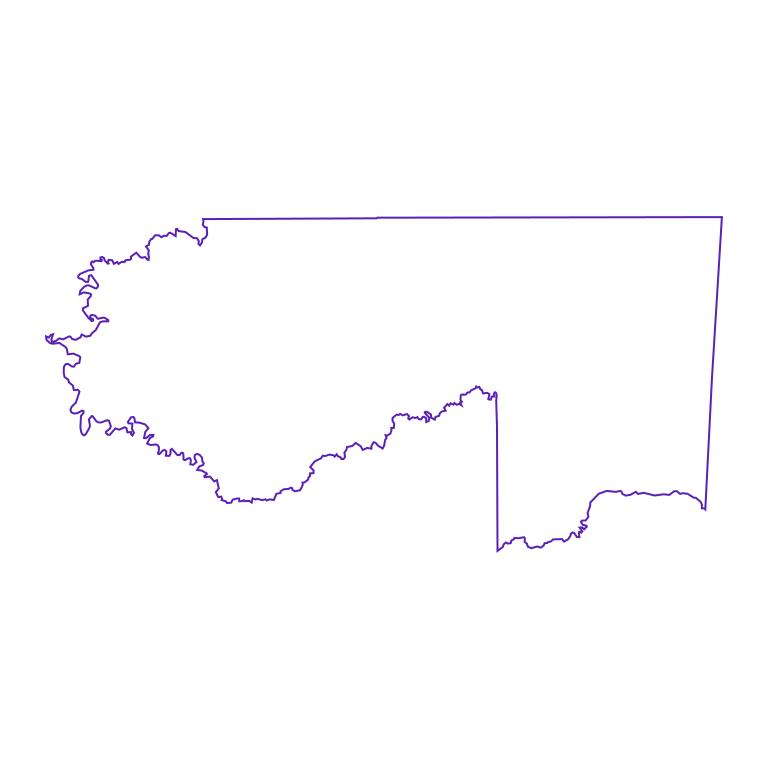 outline of San Luis, Petén, Guatemala
{"feature_id": "79465075B4836456001209", "entity_name": "San Luis", "entity_type": "district", "adm_level": 2, "iso_a3": "GTM", "parent_name": "Guatemala", "parent_adm1": "Petén", "projection": "albers", "projection_center": [-89.769, 16.056], "detail": "fine", "context": "isolated", "style": "outline", "palette": "violet", "viewbox_px": 768, "rotation_deg": 0, "n_neighbors": 0, "source": "geoboundaries", "source_scale": "gbopen_adm2", "svg_char_len": 6014}
<svg xmlns="http://www.w3.org/2000/svg" viewBox="0 0 768 768"><path d="M564.0,541.6L568.1,539.3L570.6,535.5L570.8,533.7L572.5,532.5L574.2,533.0L576.9,537.0L579.4,537.1L578.8,532.3L579.5,531.8L581.3,532.6L582.3,531.4L579.6,527.6L582.1,527.4L584.1,529.3L586.8,526.6L586.5,525.7L582.7,524.8L580.9,521.7L582.1,520.6L585.6,520.5L588.4,516.7L587.6,513.0L590.1,506.1L590.3,502.5L598.8,493.7L606.8,490.9L616.0,491.9L620.2,490.9L621.4,491.5L622.4,493.9L625.7,495.6L630.2,494.9L635.9,491.8L638.0,494.0L643.6,492.8L654.7,495.5L663.6,494.3L669.3,494.9L674.0,491.4L676.7,491.1L680.1,493.9L682.8,493.2L687.6,493.8L693.8,497.7L696.0,497.9L700.6,501.9L701.9,504.5L701.9,508.3L704.3,508.4L705.3,509.4L712.0,377.4L721.9,217.1L377.3,217.7L376.8,218.3L203.0,219.1L203.5,221.9L202.7,224.6L204.5,227.1L206.8,227.5L207.1,234.8L205.4,237.7L202.5,239.1L201.9,242.5L200.0,245.4L198.5,244.0L198.8,241.0L197.0,238.2L193.5,238.0L185.4,232.0L178.7,231.1L176.9,228.8L176.0,229.1L175.6,236.1L170.2,232.6L168.8,233.1L166.6,236.0L164.1,235.7L161.4,237.2L158.9,235.3L155.0,235.3L152.4,238.8L151.2,239.0L149.3,241.8L149.0,244.8L146.0,246.5L148.8,250.4L148.2,253.8L148.9,256.5L148.6,259.9L147.6,259.8L145.1,257.0L142.0,257.8L140.0,256.8L136.3,252.7L130.9,256.7L131.1,258.6L130.2,259.7L125.4,260.3L124.6,262.1L121.8,261.8L118.5,263.9L117.3,262.0L113.9,263.8L112.1,260.2L108.6,259.9L107.8,262.2L108.6,263.5L107.9,263.7L104.6,260.3L104.1,258.1L102.3,257.0L100.4,257.5L100.4,259.3L101.8,259.9L101.5,261.2L96.8,260.7L95.0,260.9L93.5,262.2L92.5,261.5L91.4,262.0L90.9,264.1L93.4,268.4L93.4,269.8L88.3,270.4L80.0,274.0L78.3,275.8L78.1,277.3L79.3,278.4L81.8,278.9L85.6,281.8L87.6,282.0L88.3,281.6L89.0,275.8L91.3,275.2L98.0,284.7L98.0,286.3L96.6,288.3L95.2,288.3L89.1,285.4L86.9,285.4L84.3,286.7L80.2,291.0L79.7,294.3L83.8,292.4L89.8,293.5L91.1,294.5L90.6,296.4L87.7,299.6L88.0,305.8L82.9,308.4L82.9,310.4L88.3,317.8L91.6,321.0L93.0,320.7L93.2,319.3L90.8,318.1L90.1,316.5L90.5,315.5L92.0,315.0L95.1,315.6L97.9,318.8L103.2,317.6L104.8,317.9L108.3,320.1L108.3,321.3L103.2,321.3L100.0,322.3L95.8,330.0L91.8,333.4L90.3,335.8L85.9,336.6L81.7,334.5L80.4,337.4L75.9,339.8L72.3,339.1L70.4,336.6L68.9,336.5L63.2,339.3L59.3,338.4L55.9,340.9L52.9,341.8L51.7,341.3L51.3,339.8L53.0,334.3L50.9,334.9L48.8,337.6L46.1,336.4L46.5,339.9L50.0,343.1L52.8,343.7L59.5,343.0L65.5,347.0L66.8,348.7L67.8,354.3L73.4,353.6L79.5,356.2L80.3,357.4L79.3,362.8L75.8,363.8L73.9,366.7L72.0,366.5L68.1,363.9L65.6,364.2L63.9,366.8L63.7,372.4L64.5,377.0L68.0,379.4L69.2,382.6L72.8,385.5L73.9,390.0L77.9,389.8L79.5,391.6L75.9,402.6L71.7,406.7L70.4,410.0L71.4,412.4L74.0,413.5L77.2,413.2L82.1,410.6L83.5,411.0L83.6,412.5L81.0,416.0L80.4,427.5L81.3,432.5L83.1,435.0L84.0,435.3L85.8,434.2L89.3,428.0L90.0,425.8L88.9,419.5L91.7,416.0L92.8,416.4L96.4,421.3L98.4,422.4L101.0,422.5L107.2,420.2L109.0,420.8L110.8,426.3L110.0,428.6L106.0,431.7L105.9,432.9L107.7,434.7L109.8,434.8L115.4,428.4L119.2,429.7L124.7,427.2L126.5,428.2L127.3,432.3L131.1,432.1L131.2,434.4L132.3,435.5L134.0,432.8L132.0,428.9L132.4,423.6L128.4,423.3L127.9,422.0L130.9,417.4L133.4,417.0L134.4,418.2L135.1,422.4L139.2,422.6L145.1,424.4L148.4,428.1L145.3,431.9L144.0,438.0L145.8,438.3L150.0,435.0L153.4,434.9L153.0,436.5L149.8,438.1L147.1,443.6L150.4,445.0L156.3,444.5L157.9,445.4L158.9,447.2L158.8,451.0L158.0,453.0L158.5,454.1L159.6,454.0L162.7,450.6L164.7,450.0L166.4,451.4L165.9,455.7L169.2,455.9L170.5,454.0L170.5,449.9L171.9,448.9L177.4,455.0L179.5,455.1L181.4,452.8L182.7,452.8L183.4,454.2L183.5,459.5L185.1,460.1L188.2,458.3L189.9,458.2L190.9,460.1L190.3,464.3L193.3,464.8L196.4,462.1L194.5,457.8L194.7,455.2L196.7,453.9L199.5,454.7L202.0,457.6L202.4,461.5L203.8,463.5L203.1,465.0L199.2,466.5L197.2,470.0L201.9,470.6L206.7,473.4L206.8,474.2L204.3,475.9L204.7,477.2L210.0,476.6L214.2,481.4L216.9,480.1L218.8,488.4L215.8,492.2L218.3,497.1L221.2,496.6L222.1,498.7L221.6,500.1L226.0,501.4L227.0,503.1L231.3,502.6L232.6,499.7L236.9,498.5L239.1,498.5L239.3,501.3L242.3,501.1L243.8,500.2L244.3,501.1L249.4,501.0L251.6,502.6L252.6,498.3L255.5,499.5L257.3,498.8L262.4,500.2L265.3,499.3L266.7,500.5L269.4,499.4L274.0,499.9L276.3,493.8L280.5,493.0L280.6,491.2L284.0,489.2L288.2,489.0L291.0,487.6L292.1,488.1L292.6,490.0L295.0,491.3L300.1,490.2L302.7,485.2L302.5,482.6L304.5,482.4L307.8,479.9L308.9,476.9L310.1,476.0L310.0,473.4L313.5,473.1L313.6,470.4L310.2,467.0L314.9,461.2L320.9,458.4L322.9,455.6L324.9,456.1L329.5,454.6L333.6,455.3L334.6,456.6L336.7,454.3L338.1,456.4L340.5,457.2L341.3,459.0L343.4,459.1L345.0,457.0L344.4,452.6L346.4,449.8L347.0,447.1L352.4,445.9L355.7,442.9L360.8,446.3L362.7,449.9L367.2,447.9L371.4,448.7L371.4,446.0L373.5,442.3L375.5,442.7L378.1,445.7L382.6,448.5L384.1,445.7L385.1,440.0L386.5,438.1L385.6,435.2L387.3,435.5L390.3,433.7L391.5,430.5L391.3,428.0L393.8,427.9L394.2,423.7L392.5,420.9L392.6,417.9L396.5,414.7L398.8,414.9L400.1,413.9L402.9,415.4L406.9,414.0L409.0,416.1L408.2,418.4L409.4,419.5L412.5,417.3L415.7,418.0L417.4,417.1L418.9,419.2L421.1,419.4L422.8,416.9L424.2,416.9L426.2,418.3L426.2,422.0L428.7,421.1L429.4,417.9L424.7,412.8L425.3,411.8L427.0,411.9L430.9,414.4L431.2,417.6L434.8,419.7L435.5,417.0L439.2,415.7L439.8,413.3L441.8,411.5L445.6,410.7L444.1,407.7L447.4,404.1L449.2,405.7L450.5,403.3L453.5,404.6L454.4,403.0L456.7,404.7L459.1,403.9L461.5,405.3L460.1,402.3L461.9,401.7L460.5,399.7L460.8,395.2L462.9,394.3L463.9,394.9L466.0,394.4L467.4,392.5L469.5,392.4L471.1,390.3L475.4,388.4L476.2,386.5L477.3,387.5L479.4,387.0L480.4,389.3L482.0,390.2L483.1,393.5L487.1,392.8L489.4,394.1L488.3,399.2L489.1,399.5L491.0,399.6L491.7,396.6L494.3,396.5L493.8,394.2L494.7,392.3L495.5,392.4L496.3,393.2L496.7,396.4L496.2,400.5L497.0,426.7L497.5,550.9L502.8,547.0L503.7,544.3L505.9,542.5L507.7,543.6L510.6,543.2L511.4,540.5L513.8,539.3L514.4,538.0L518.8,538.2L524.0,537.2L524.8,538.1L524.7,542.0L526.9,543.6L527.8,546.6L531.4,548.2L537.0,546.5L540.8,547.6L543.7,545.6L544.6,543.2L547.3,543.0L548.1,542.1L551.0,541.4L553.1,539.4L562.1,539.1L564.0,541.6Z" fill="none" stroke="#5b21b6" stroke-width="2"/></svg>